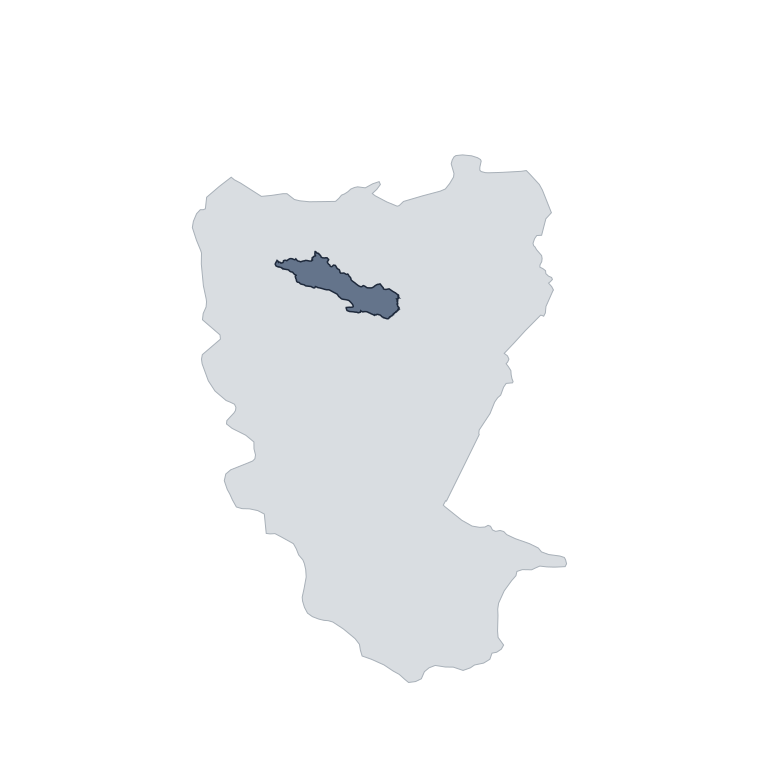 location of Namentenga, Namentenga, Burkina Faso, rotated 297°
{"feature_id": "67063806B10845212636131", "entity_name": "Namentenga", "entity_type": "district", "adm_level": 2, "iso_a3": "BFA", "parent_name": "Burkina Faso", "parent_adm1": "Namentenga", "projection": "equal_earth", "projection_center": [-0.49, 13.239], "detail": "fine", "context": "in_parent", "style": "filled", "palette": "slate", "viewbox_px": 768, "rotation_deg": 297, "n_neighbors": 0, "source": "geoboundaries", "source_scale": "gbopen_adm2", "svg_char_len": 8993}
<svg xmlns="http://www.w3.org/2000/svg" viewBox="0 0 768 768"><g transform="rotate(297 384 384)"><path d="M543.2,492.2L526.6,493.1L520.6,495.5L516.9,495.5L516.8,493.5L516.4,492.3L495.4,485.6L480.8,481.6L465.9,477.2L465.1,481.3L462.9,484.0L459.7,484.2L457.5,483.6L456.0,486.8L453.5,491.0L450.1,493.0L446.7,495.7L444.8,497.9L443.4,498.0L440.0,492.6L435.5,492.0L427.1,493.0L423.3,491.5L418.1,490.8L405.8,491.9L386.2,489.7L383.0,490.9L382.2,491.8L362.8,492.1L341.5,492.4L323.6,492.6L308.0,492.8L308.0,491.9L303.0,491.8L302.4,493.6L297.9,515.2L297.4,527.0L299.7,534.3L302.4,538.9L305.3,540.9L305.6,543.5L303.2,546.9L303.4,550.4L306.2,553.9L306.9,557.7L305.5,561.7L305.8,571.2L307.8,586.2L307.9,596.0L305.9,600.5L306.8,608.1L310.6,618.9L311.3,623.4L309.9,625.5L306.7,628.3L303.5,628.3L299.7,621.7L298.1,618.8L295.0,612.2L292.5,605.5L289.0,602.6L285.5,599.9L281.4,591.5L277.3,587.5L273.1,588.6L266.8,587.0L254.3,585.0L240.8,585.6L235.1,587.5L229.6,590.6L215.5,597.3L210.0,600.7L205.7,609.1L201.0,608.9L196.2,606.2L193.2,602.4L186.8,603.3L180.6,599.5L174.7,592.2L170.3,589.8L164.7,584.5L163.2,574.3L159.7,567.2L156.5,557.4L151.6,553.0L146.0,550.6L138.3,551.1L133.2,547.2L129.2,541.4L130.3,536.4L132.2,529.3L132.4,522.5L133.7,511.5L133.0,497.6L131.7,488.0L136.0,483.9L140.9,480.3L144.0,473.8L147.3,459.1L148.7,446.4L147.8,441.7L146.2,437.9L144.9,432.5L144.2,425.8L145.1,419.9L148.9,414.5L153.6,410.0L156.9,407.9L165.7,405.6L176.7,402.3L183.1,398.5L187.8,394.6L190.4,391.6L193.0,385.5L197.3,380.7L200.6,375.8L201.1,362.4L201.2,354.8L198.7,350.5L197.4,346.9L213.8,336.4L213.9,329.0L211.7,320.8L208.5,314.1L207.4,308.3L211.9,301.6L216.0,296.5L218.9,292.2L225.3,285.6L232.0,283.9L238.0,286.4L255.7,301.9L258.8,302.9L262.5,301.7L267.2,297.6L273.3,294.4L275.6,284.0L275.5,268.8L276.9,261.8L280.1,260.6L290.3,263.5L293.0,263.7L295.9,262.7L298.1,260.0L298.0,255.1L297.6,250.8L301.0,236.6L307.1,226.0L319.4,212.8L323.3,210.1L327.7,208.8L349.7,217.9L353.3,215.6L358.8,193.1L364.7,190.9L371.9,190.5L376.6,188.6L379.0,187.0L389.5,178.5L407.9,166.8L417.9,161.9L419.8,160.0L426.9,151.7L436.4,142.2L442.4,140.3L450.7,139.7L455.9,141.2L457.3,143.9L459.0,145.3L469.9,141.2L485.4,147.6L498.9,154.0L498.0,157.9L497.9,165.0L496.8,176.2L495.5,189.6L501.0,198.2L507.7,207.6L509.5,211.2L507.7,220.4L509.0,225.8L512.5,234.8L518.5,246.2L524.7,257.9L528.9,259.5L533.0,260.4L535.4,262.5L539.0,264.6L542.6,265.9L545.7,268.5L547.7,271.0L550.3,278.3L557.2,283.0L562.1,287.8L560.1,290.2L554.1,289.2L548.4,287.1L547.7,290.6L547.5,303.9L548.4,315.0L549.8,316.5L555.5,318.5L569.1,332.9L581.4,346.6L585.6,350.1L592.4,351.5L600.0,352.0L603.3,350.8L610.7,343.9L614.6,343.1L618.2,343.3L620.2,344.4L623.8,350.0L627.1,358.5L628.1,364.7L627.8,368.1L626.7,369.4L620.6,371.0L618.0,372.3L617.4,374.1L618.3,378.3L619.5,381.0L626.2,393.2L635.8,409.7L638.8,413.9L637.1,418.9L632.3,431.8L628.7,437.1L612.6,455.4L604.7,453.2L588.1,456.9L585.6,452.7L581.8,452.2L577.0,452.9L575.2,454.5L574.7,456.3L573.0,458.8L570.0,466.1L567.6,467.9L564.6,469.0L561.0,468.9L558.9,469.8L558.9,473.4L558.3,476.5L555.8,478.1L554.8,481.6L555.0,485.0L553.6,486.6L550.5,485.7L548.6,484.8L546.9,489.2L544.7,492.3L543.2,492.2Z" fill="#d9dde1" stroke="#a8b0b8" stroke-width="1"/><path d="M470.0,274.7L469.4,274.1L469.1,273.2L468.6,272.2L468.5,271.0L468.5,270.6L468.5,270.4L468.7,270.2L469.0,270.0L469.4,269.5L469.6,268.9L470.1,267.9L470.1,267.3L470.5,266.9L470.6,266.5L470.5,266.4L470.6,266.1L470.5,265.6L470.3,265.4L470.1,264.9L470.5,264.3L470.5,263.9L470.9,263.2L470.9,262.8L470.8,262.5L470.7,262.5L470.4,262.5L470.1,262.8L469.3,263.0L468.1,263.6L467.7,264.1L467.3,264.7L467.1,264.8L466.8,264.5L466.5,264.0L466.4,263.9L465.8,263.7L465.5,263.3L464.5,263.4L464.2,262.8L463.7,262.7L463.0,263.1L462.6,263.5L462.4,263.5L461.8,263.3L461.6,263.4L461.7,263.9L460.7,263.5L460.3,263.0L459.8,262.0L459.3,260.2L459.1,259.3L458.4,257.8L457.5,257.1L457.0,256.2L455.0,254.2L454.9,254.0L455.0,253.2L454.7,252.4L454.5,251.2L454.6,250.7L455.0,249.7L455.5,248.6L455.1,248.5L454.7,248.5L454.5,248.4L454.1,247.8L453.9,245.2L453.5,244.2L453.2,243.6L452.9,243.2L451.4,242.2L449.9,241.6L449.7,241.4L449.7,241.1L449.7,240.5L449.6,240.2L449.4,239.8L449.1,239.3L448.5,238.7L448.2,238.5L447.9,238.5L447.2,238.9L446.2,238.8L446.0,238.7L445.8,238.1L445.0,237.5L444.9,237.0L445.0,236.7L445.3,236.2L445.2,235.5L444.9,235.1L444.7,235.0L444.4,234.8L444.8,234.4L444.9,234.5L445.3,234.0L445.4,233.3L445.3,233.0L445.5,232.6L442.0,232.5L441.2,232.8L441.0,233.0L440.7,233.6L440.2,234.1L440.2,235.6L440.3,236.4L440.3,236.8L440.5,236.9L440.7,237.0L440.8,238.1L440.8,238.6L441.1,239.3L441.0,240.4L440.9,240.5L441.0,240.6L440.6,241.7L441.0,241.7L441.0,241.9L441.1,242.2L441.1,242.6L441.2,243.5L441.5,244.2L441.8,245.4L442.2,246.4L442.3,247.3L442.2,247.7L442.0,247.9L441.9,248.3L441.7,249.0L441.7,249.5L441.7,250.2L442.1,251.5L442.1,252.1L441.5,253.1L441.0,254.7L441.0,255.1L441.1,255.6L441.0,256.4L440.9,256.4L440.5,256.2L440.3,256.1L439.3,256.2L438.8,256.7L438.7,257.0L438.4,257.2L438.0,257.4L437.8,257.8L437.5,258.1L437.1,258.7L436.8,258.9L436.3,259.0L435.7,259.8L435.5,260.5L435.5,260.9L435.9,262.1L435.9,262.5L435.8,262.8L435.5,263.5L435.3,264.2L435.6,265.7L436.1,267.6L436.1,268.3L435.9,269.2L435.9,269.8L437.8,274.9L437.6,276.3L437.7,277.1L437.8,278.0L438.1,278.4L438.3,278.6L438.6,278.7L439.7,278.6L439.8,278.8L439.9,280.0L439.8,281.1L440.5,283.4L441.2,286.8L441.3,287.7L441.8,289.7L441.9,290.1L442.9,292.0L443.0,292.7L442.9,295.8L442.8,301.3L442.6,301.9L441.4,304.0L441.2,305.3L440.7,306.9L440.6,307.8L441.0,309.4L441.9,312.0L442.4,314.2L442.4,315.2L441.9,316.7L441.5,317.9L441.3,318.3L441.2,318.6L441.0,319.0L440.7,319.8L439.9,320.8L439.2,321.4L438.8,321.4L438.3,321.1L438.1,320.9L437.4,319.8L436.8,318.7L436.7,318.3L435.2,315.9L435.0,315.6L434.5,315.8L432.9,317.4L432.7,317.7L432.7,318.1L432.9,320.0L433.0,320.6L434.3,323.6L434.9,325.6L435.6,327.1L435.7,328.5L435.8,328.8L436.7,329.8L437.2,330.3L437.6,330.1L438.3,330.2L438.7,330.1L438.5,330.7L438.5,331.2L438.6,331.7L438.6,332.5L439.5,333.3L439.5,333.6L440.3,335.0L440.5,335.7L440.7,336.7L440.6,337.7L440.8,339.3L440.7,340.0L440.9,342.9L440.8,344.3L441.7,344.4L441.6,344.9L441.8,345.5L442.8,346.0L443.0,346.3L443.0,346.5L443.3,347.1L443.4,348.2L443.6,348.6L443.7,349.4L443.5,350.4L443.1,351.1L443.0,351.4L443.1,352.7L442.8,353.1L442.9,353.5L443.1,354.0L442.9,354.2L443.2,354.8L443.2,355.5L443.4,356.2L443.5,357.1L443.8,357.6L444.0,358.0L444.3,358.3L444.7,358.2L445.6,358.8L446.1,358.6L446.2,358.9L446.6,358.8L447.1,359.3L447.3,359.2L447.5,359.3L448.5,360.2L448.8,360.0L449.2,360.2L449.5,360.4L450.0,360.6L450.0,360.9L450.1,361.0L450.4,360.8L450.5,360.6L450.8,360.5L450.9,360.8L451.4,361.0L451.7,361.1L452.2,361.0L453.0,361.9L453.5,362.1L453.6,361.8L453.9,361.7L454.0,361.8L454.3,362.2L454.4,362.4L454.7,362.3L455.2,362.7L455.4,362.8L455.6,362.6L455.9,362.7L456.2,362.7L456.6,363.3L456.9,363.2L457.2,363.3L457.4,363.1L457.4,363.4L457.7,363.6L457.8,363.3L457.7,362.9L458.0,363.0L458.2,362.6L458.3,362.7L458.7,362.8L458.9,362.7L459.0,362.5L459.1,362.0L459.3,361.7L459.4,361.0L459.6,360.9L459.8,360.6L460.5,360.3L460.7,359.9L461.5,359.8L461.7,359.5L461.6,359.3L461.8,359.3L462.2,359.5L462.5,359.1L462.8,359.0L463.1,358.8L463.5,358.8L463.6,358.6L463.7,358.0L464.0,357.9L464.0,358.1L464.3,358.2L464.7,358.0L464.9,357.8L465.0,357.9L465.2,357.4L465.3,357.8L465.5,357.8L465.5,357.7L465.5,357.4L465.6,357.1L465.9,356.9L466.0,357.0L466.3,357.2L466.2,357.4L466.4,357.5L466.4,357.8L466.6,357.8L466.6,357.6L467.0,357.5L467.1,357.9L467.4,357.9L467.5,358.1L467.6,357.4L467.9,357.3L468.1,357.2L468.3,357.4L468.6,356.7L468.9,356.8L469.1,356.9L469.3,356.7L469.7,356.7L469.9,356.3L469.9,356.0L469.6,355.9L469.9,355.3L469.9,355.2L470.0,354.7L470.4,352.9L470.5,349.9L471.1,345.4L470.5,344.6L469.4,343.2L468.9,342.3L468.6,341.4L468.5,341.0L468.5,340.3L469.3,339.7L469.5,339.4L469.9,338.2L470.4,337.3L470.5,336.8L470.8,336.4L471.0,336.0L471.2,335.7L471.3,335.4L471.4,335.0L471.2,334.9L470.8,334.4L470.6,334.3L470.3,333.9L470.2,333.4L469.1,332.4L467.5,331.4L465.8,330.7L464.5,329.8L463.8,329.0L462.5,326.3L462.1,325.3L462.1,324.7L462.4,322.9L462.4,322.0L462.3,320.9L461.9,320.6L460.9,320.2L460.4,319.7L460.3,319.4L460.0,318.6L460.0,316.5L460.5,313.8L460.9,312.2L461.3,309.4L461.6,308.2L461.9,307.5L462.2,307.0L463.0,306.6L463.7,305.7L463.9,305.2L464.1,304.2L465.4,302.3L465.5,301.7L465.1,301.5L464.7,300.9L464.6,300.6L464.7,297.9L464.4,297.4L463.9,296.7L463.6,296.0L463.1,295.1L463.1,294.9L463.6,293.9L464.2,293.7L464.5,293.5L464.6,293.2L465.4,292.4L465.6,291.8L465.5,291.4L465.6,290.3L465.7,290.2L465.7,289.7L466.1,289.2L466.2,288.9L466.5,288.6L466.7,288.2L467.4,287.2L467.6,286.7L467.3,286.0L467.2,285.5L467.0,285.0L465.1,284.4L464.8,284.1L464.6,283.8L464.5,283.0L464.7,282.4L465.4,281.6L465.5,281.4L465.5,280.5L465.9,279.6L466.5,278.6L467.0,278.1L467.3,278.0L467.6,278.0L468.1,278.2L468.4,278.1L468.6,278.2L469.5,278.3L469.9,278.1L470.0,277.5L470.2,277.0L470.2,276.8L470.2,276.6L470.4,276.4L470.6,276.0L470.0,274.7Z" fill="#64748b" stroke="#1e293b" stroke-width="1.5"/></g></svg>